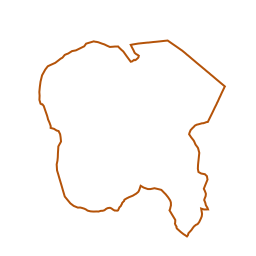 the district of San Andrés Tenejapan, Veracruz, Mexico, rotated 12°
{"feature_id": "50627088B12638306818283", "entity_name": "San Andrés Tenejapan", "entity_type": "district", "adm_level": 2, "iso_a3": "MEX", "parent_name": "Mexico", "parent_adm1": "Veracruz", "projection": "robinson", "projection_center": [-97.088, 18.772], "detail": "fine", "context": "isolated", "style": "outline", "palette": "amber", "viewbox_px": 256, "rotation_deg": 12, "n_neighbors": 0, "source": "geoboundaries", "source_scale": "gbopen_adm2", "svg_char_len": 3801}
<svg xmlns="http://www.w3.org/2000/svg" viewBox="0 0 256 256"><g transform="rotate(12 128 128)"><path d="M204.8,105.5L207.3,95.7L208.4,91.1L208.5,90.6L209.4,87.2L209.6,86.5L210.0,84.4L210.2,84.0L211.2,79.3L211.6,77.8L212.3,74.5L212.5,73.7L214.0,67.5L214.1,67.2L213.9,67.1L213.0,66.6L209.0,64.5L206.4,63.1L204.1,61.9L203.2,61.4L201.9,60.7L199.9,59.6L197.9,58.6L195.8,57.4L193.8,56.4L192.5,55.7L192.3,55.6L190.7,54.7L189.1,53.9L188.0,53.3L185.7,52.1L183.8,51.1L181.5,49.9L179.5,48.8L177.8,47.9L176.1,47.0L173.2,45.4L172.4,45.0L171.7,44.6L170.6,44.1L168.5,42.9L164.8,41.0L163.8,40.6L158.4,38.3L153.8,36.4L148.6,34.2L147.7,34.5L145.5,35.2L143.1,36.0L140.7,36.8L137.6,37.8L135.3,38.5L129.9,40.3L129.0,40.5L125.6,41.6L120.4,43.3L115.3,45.3L113.4,46.1L114.7,47.8L115.6,48.9L117.2,50.8L118.0,51.9L118.9,53.1L120.8,54.1L122.3,54.5L124.3,55.5L124.2,55.5L123.9,55.7L123.5,55.8L123.5,56.6L123.1,57.6L121.7,59.4L121.4,59.8L121.1,60.1L119.9,60.4L119.7,60.2L119.6,60.3L119.4,60.5L118.3,61.9L116.9,62.6L111.6,57.9L107.7,54.3L106.8,53.7L105.8,53.2L103.2,51.6L101.3,50.3L100.4,50.6L98.4,51.0L96.8,51.5L93.4,52.5L90.1,51.8L88.2,51.3L87.3,51.1L85.2,50.9L82.4,50.5L81.1,50.3L79.3,50.3L78.4,50.4L76.4,50.4L75.9,50.7L70.4,53.7L69.5,54.2L68.2,57.2L67.4,57.8L60.9,62.9L57.3,64.4L54.1,67.5L53.4,68.0L52.5,68.5L50.9,69.7L49.4,72.6L49.0,73.1L47.7,74.2L45.7,76.6L43.3,79.4L39.6,82.1L36.7,84.3L34.9,88.1L33.5,92.7L33.0,94.3L32.8,100.8L33.2,106.0L33.8,111.3L34.8,114.7L35.5,118.9L37.4,122.4L38.7,122.8L39.3,122.6L41.0,124.0L44.0,129.0L46.2,132.6L47.2,134.5L48.0,136.2L50.1,139.1L52.0,142.2L52.3,144.0L55.8,144.2L58.7,145.3L60.7,145.4L62.9,148.2L64.0,151.1L65.3,155.2L63.7,160.5L64.2,163.8L64.7,167.2L65.4,171.2L65.8,174.7L65.8,178.4L67.4,184.2L69.5,188.0L71.2,191.2L74.8,197.8L75.5,199.1L77.3,202.5L80.4,208.2L87.3,213.7L91.1,215.5L95.5,216.3L96.6,216.0L98.0,215.7L100.0,215.8L102.0,216.0L103.7,216.4L105.6,217.2L107.5,217.3L108.8,217.3L111.7,216.9L114.1,216.3L116.6,215.8L118.6,214.7L120.5,214.2L122.1,213.3L123.3,211.8L124.6,210.7L125.8,210.2L127.0,209.8L128.5,210.1L130.5,211.0L132.1,211.5L132.6,211.4L133.8,211.2L134.7,211.1L135.4,210.6L136.1,207.4L137.2,205.8L137.5,204.4L137.8,203.8L137.8,203.2L137.9,202.5L138.9,200.8L139.3,200.3L139.4,199.3L139.4,198.9L140.6,197.8L141.7,196.8L142.4,196.3L143.2,195.6L145.6,194.0L146.8,193.2L147.2,192.8L148.9,191.2L149.6,190.6L151.3,188.4L151.4,188.2L151.8,186.7L152.0,185.4L152.1,184.6L152.4,181.9L155.6,183.0L157.8,183.3L160.1,183.6L162.8,183.0L163.7,182.6L164.2,182.4L166.4,181.4L171.3,181.5L173.5,181.6L177.7,184.4L178.4,184.8L181.7,187.5L182.5,188.3L184.3,190.1L184.9,191.1L185.4,191.9L186.1,194.8L186.0,196.5L186.0,196.8L186.0,198.5L185.7,199.9L185.9,200.1L189.5,204.0L189.8,204.3L192.8,207.5L193.4,208.2L193.8,210.7L193.8,211.8L194.4,212.6L194.8,213.2L196.0,214.4L196.1,215.4L196.8,216.2L200.8,218.5L201.3,218.8L204.4,220.3L206.3,221.0L208.2,221.8L208.9,220.4L209.0,218.4L211.1,214.9L211.6,213.8L212.1,212.5L213.0,210.6L214.5,208.7L216.1,207.5L217.2,205.2L218.1,201.4L218.5,199.2L218.3,196.6L217.6,194.8L217.3,194.1L216.3,191.6L219.3,191.9L223.2,191.0L222.2,189.4L221.0,188.2L220.0,187.0L219.7,186.2L219.1,185.0L218.1,183.5L217.5,182.6L217.6,181.2L218.1,178.6L217.9,176.3L217.6,175.7L217.1,174.9L216.2,173.5L214.8,171.7L215.4,168.1L216.5,161.9L216.3,161.5L215.2,158.7L213.7,157.8L212.8,157.2L209.0,157.3L208.1,157.0L206.1,156.4L205.3,154.6L204.8,153.3L204.5,151.5L204.2,149.7L204.0,148.0L203.5,143.2L202.9,137.5L200.7,133.1L199.8,132.2L197.5,130.2L196.8,129.2L195.3,127.1L194.5,126.3L192.2,124.4L191.6,123.9L189.7,122.0L189.1,121.5L189.1,120.4L189.2,119.7L189.7,117.0L190.6,115.6L190.7,115.3L192.2,113.1L192.9,111.8L194.5,110.5L196.4,109.6L198.3,108.6L199.4,108.0L200.6,107.7L202.2,106.8L203.4,106.0L204.1,105.7L204.8,105.5Z" fill="none" stroke="#b45309" stroke-width="2"/></g></svg>